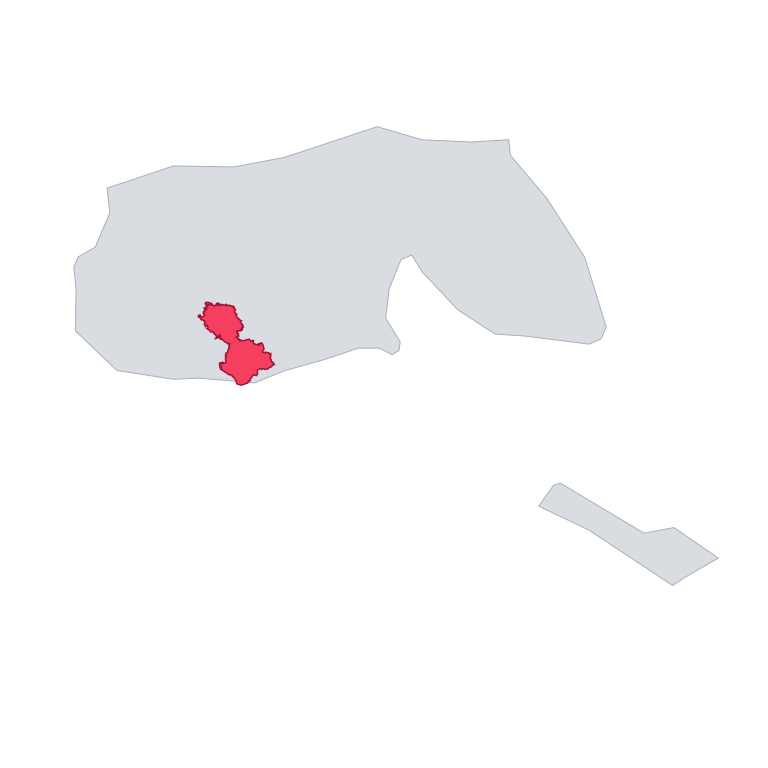 location of Qalqiliya, West Bank, Palestine, rotated 258°
{"feature_id": "87354302B40414204592822", "entity_name": "Qalqiliya", "entity_type": "district", "adm_level": 2, "iso_a3": "PSE", "parent_name": "Palestine", "parent_adm1": "West Bank", "projection": "orthographic", "projection_center": [35.101, 32.181], "detail": "fine", "context": "in_parent", "style": "filled", "palette": "rose", "viewbox_px": 768, "rotation_deg": 258, "n_neighbors": 0, "source": "geoboundaries", "source_scale": "gbopen_adm2", "svg_char_len": 6653}
<svg xmlns="http://www.w3.org/2000/svg" viewBox="0 0 768 768"><g transform="rotate(258 384 384)"><path d="M633.1,153.9L641.1,223.2L627.5,282.5L626.4,334.4L637.1,430.8L615.0,471.9L602.4,520.3L597.0,556.8L581.3,555.2L531.8,581.8L466.0,606.7L393.4,613.2L383.2,605.8L380.3,593.1L401.6,531.8L409.8,502.9L441.1,471.7L485.5,444.8L504.3,438.0L502.2,426.4L475.7,408.7L448.1,399.3L421.9,408.6L413.7,405.7L411.0,397.9L420.1,386.8L424.4,366.2L420.4,331.8L417.7,289.8L412.0,257.3L428.2,204.5L432.3,179.4L452.6,125.7L500.1,93.2L541.1,102.6L562.7,104.9L571.9,111.3L577.8,129.9L608.2,151.3L633.1,153.9ZM232.4,509.9L249.8,529.0L250.3,536.0L184.1,607.2L183.2,637.9L144.2,674.8L132.2,637.8L126.9,624.4L198.4,554.1L232.4,509.9Z" fill="#d9dde1" stroke="#a8b0b8" stroke-width="1"/><path d="M431.1,228.5L430.3,229.7L428.9,230.9L427.5,232.4L426.2,233.4L425.1,234.6L424.9,235.8L424.3,236.9L423.5,237.3L422.7,237.2L422.0,238.2L421.4,238.7L420.1,238.8L419.5,239.6L419.1,239.9L418.3,240.1L417.4,239.8L415.4,240.0L414.8,240.2L414.4,240.6L414.1,241.1L412.5,244.3L413.0,248.7L413.2,249.0L413.3,249.9L413.3,250.9L414.2,251.8L415.2,251.9L415.0,253.8L416.2,253.8L417.4,254.9L417.4,255.4L418.9,256.6L419.9,258.2L419.9,258.8L419.2,260.1L418.8,261.1L420.7,262.7L421.9,262.6L423.4,262.8L424.8,265.6L424.3,267.1L423.7,267.3L424.1,269.1L423.0,270.9L422.9,272.6L423.1,273.9L424.2,275.6L424.2,277.5L425.2,278.5L425.8,279.6L425.8,280.9L426.2,280.9L426.8,280.2L428.1,279.9L428.2,280.0L428.5,279.2L428.8,278.9L429.4,278.9L429.5,278.6L430.1,278.5L430.6,278.5L431.2,278.9L431.7,278.5L432.1,278.4L432.8,277.8L433.4,278.1L434.0,278.7L434.4,278.9L434.9,278.7L435.2,279.1L435.5,279.0L436.2,279.3L436.3,279.2L436.3,279.3L436.7,279.5L437.1,279.6L437.0,279.3L437.1,278.6L437.5,278.4L437.5,278.0L438.1,278.2L438.7,277.1L439.7,274.7L439.2,274.5L439.2,274.2L439.7,274.2L439.8,273.9L439.7,273.2L439.9,272.5L440.0,272.2L440.5,271.9L442.5,273.0L443.0,273.9L446.2,273.8L446.5,273.6L447.2,273.8L448.0,273.6L449.4,272.9L449.8,272.5L449.7,272.0L449.7,271.8L449.4,271.5L449.4,271.3L449.2,271.3L449.1,271.1L448.4,271.0L448.3,270.6L448.8,270.3L449.3,270.4L449.4,269.8L449.1,269.7L449.0,269.2L448.2,269.2L448.5,268.6L448.9,268.4L449.4,266.4L449.9,266.4L450.0,266.0L449.9,265.8L451.1,264.6L453.7,265.3L453.9,265.1L453.7,263.4L453.7,262.6L455.7,261.7L455.8,259.7L455.6,255.0L456.0,254.2L456.2,253.6L456.9,253.0L456.9,252.5L456.2,252.5L456.1,251.9L457.6,251.7L458.1,250.9L458.1,250.7L458.6,250.7L458.7,251.1L459.0,250.9L460.3,249.5L460.3,249.8L460.7,249.6L461.1,250.0L461.3,250.6L461.5,251.2L461.5,251.4L461.1,251.8L463.4,252.1L463.7,251.5L465.1,251.5L465.2,250.7L465.7,250.8L466.4,251.4L466.6,251.7L466.7,252.2L465.9,253.9L465.8,254.9L466.3,254.9L466.3,255.5L466.7,255.4L467.6,255.7L467.6,256.1L467.0,256.2L466.6,256.5L467.2,257.1L468.6,256.8L469.0,258.2L470.1,257.6L470.2,258.1L471.3,258.2L471.4,257.9L472.0,257.9L472.8,256.9L474.9,256.6L475.4,257.6L475.9,256.8L477.3,256.1L477.8,255.5L478.0,255.1L478.4,254.9L478.6,255.0L478.9,254.8L479.1,254.8L479.4,254.5L479.6,254.2L479.9,254.2L480.3,253.8L481.7,253.6L482.5,253.9L482.8,254.4L483.0,254.0L483.8,253.8L484.2,253.4L484.3,253.4L485.6,252.6L487.7,254.3L488.0,253.9L488.4,253.6L489.4,253.2L489.5,253.0L489.9,252.9L489.8,252.6L490.3,252.7L490.5,253.4L490.9,253.2L491.3,252.9L491.5,251.9L491.5,251.6L492.1,251.4L492.2,251.2L492.1,250.8L493.2,249.1L493.4,248.2L493.1,247.4L493.5,246.7L494.0,246.7L494.8,246.0L493.8,245.3L494.3,244.6L494.2,244.5L494.2,244.4L494.5,243.5L495.0,243.0L494.9,242.6L495.5,242.1L495.3,241.6L495.0,241.5L495.1,241.3L495.8,240.6L495.7,240.4L495.7,239.9L495.8,239.8L495.4,239.2L495.6,239.2L496.0,238.6L495.4,238.2L495.7,238.0L496.0,238.2L496.0,237.8L496.3,237.6L496.4,238.2L497.0,239.2L497.3,238.7L496.9,238.1L496.9,237.8L496.1,236.4L497.1,237.7L497.7,237.8L497.6,237.2L497.1,236.6L496.0,235.8L496.0,235.6L495.8,235.4L496.0,235.2L495.7,234.5L496.3,233.3L496.6,233.0L496.7,232.6L497.0,232.6L497.2,232.9L498.5,232.0L498.3,231.9L498.3,231.5L497.9,230.9L498.2,230.9L497.8,230.3L497.9,230.2L497.7,229.2L497.9,229.1L498.4,230.8L498.9,231.4L499.2,230.6L500.0,230.0L500.5,228.5L500.5,227.9L500.9,227.1L500.5,226.2L500.1,226.3L500.0,226.5L500.2,226.8L499.6,226.7L499.5,225.9L498.7,226.1L498.8,226.9L498.1,226.9L497.8,227.3L498.0,228.3L497.6,228.5L497.4,228.1L497.2,227.6L496.9,227.4L497.1,227.1L497.4,226.4L496.6,226.3L496.1,225.7L495.7,225.5L495.0,225.9L495.1,226.2L495.0,226.3L494.0,226.1L494.2,225.6L493.5,225.3L493.7,225.0L494.1,225.1L494.4,224.7L494.9,224.7L494.9,224.9L495.4,225.1L495.7,224.9L495.6,224.5L495.3,224.6L495.3,224.2L495.5,223.9L494.7,224.0L494.2,224.5L493.6,224.7L493.2,224.3L493.4,224.1L493.5,223.8L493.2,223.5L492.2,223.1L492.2,222.4L491.1,222.1L490.8,222.4L490.5,222.4L490.1,222.1L489.8,222.6L489.4,222.5L489.2,222.8L488.3,222.6L488.0,222.3L487.4,220.4L487.6,219.6L487.7,219.4L488.5,218.9L489.6,218.6L489.6,218.4L489.4,218.0L489.6,218.1L489.9,217.4L489.3,217.1L489.3,216.7L488.6,216.3L487.9,216.8L487.8,217.0L487.5,217.4L487.6,217.5L487.4,217.8L486.8,217.8L486.7,218.1L486.0,218.3L485.0,218.4L484.8,218.6L485.0,219.0L483.9,220.3L482.8,221.3L482.7,222.0L480.6,221.2L480.1,220.7L480.0,221.1L479.7,220.9L479.1,221.1L478.2,221.2L477.8,221.5L477.3,221.4L477.7,222.3L478.2,222.4L478.1,222.9L478.4,223.1L478.1,223.5L476.9,223.6L476.5,223.7L475.9,223.6L475.3,223.0L475.2,222.5L474.8,223.1L473.8,223.1L473.3,224.1L472.9,224.5L472.7,224.9L471.7,224.9L470.8,225.4L471.1,226.0L471.1,227.2L469.7,227.6L469.6,227.9L469.3,228.5L468.4,228.4L468.2,228.9L467.6,228.9L467.1,229.4L467.1,229.6L465.4,230.0L464.6,229.7L463.5,228.8L463.9,231.2L465.3,231.6L465.2,232.3L466.0,232.9L466.2,233.9L464.9,234.0L464.8,233.3L463.5,232.5L463.3,233.6L462.6,233.5L462.1,233.2L461.8,233.3L462.3,234.5L461.0,234.8L460.6,235.5L460.2,235.9L459.1,236.5L458.1,237.4L457.3,238.7L456.3,239.1L455.7,239.7L455.6,240.3L455.8,240.4L456.0,241.3L455.5,241.7L455.1,241.6L454.8,240.9L453.7,240.5L452.9,240.0L452.3,240.2L452.0,240.5L451.7,240.5L451.2,239.6L450.9,239.3L450.5,239.2L450.4,238.8L449.9,238.9L449.6,238.8L447.1,237.1L446.6,236.2L446.9,235.6L445.9,235.6L445.0,235.2L444.7,234.8L444.4,235.2L443.9,235.4L443.4,235.1L443.0,234.5L442.7,234.4L441.5,234.4L440.8,234.0L439.2,234.1L437.9,233.6L437.6,233.4L437.5,232.8L437.7,231.6L437.5,230.9L438.4,231.2L438.9,230.3L438.7,229.7L438.0,229.8L438.6,228.8L438.1,228.7L438.6,227.8L438.6,227.5L437.7,227.2L437.3,227.3L436.8,227.3L436.6,227.7L436.1,227.6L436.3,227.2L435.9,227.1L435.9,227.3L435.7,227.2L435.6,227.5L435.1,227.3L435.0,227.6L434.7,227.6L434.7,227.4L433.7,227.2L433.8,227.4L435.1,227.8L435.0,228.4L434.1,228.4L433.6,227.8L432.3,227.5L431.9,228.7L431.6,228.5L431.1,228.5Z" fill="#f43f5e" stroke="#9f1239" stroke-width="1.5"/></g></svg>